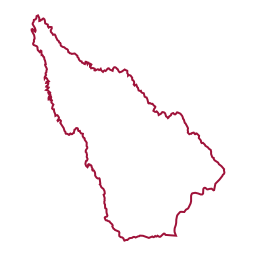 the district of Dueré, Tocantins, Brazil
{"feature_id": "56859067B89764358514319", "entity_name": "Dueré", "entity_type": "district", "adm_level": 2, "iso_a3": "BRA", "parent_name": "Brazil", "parent_adm1": "Tocantins", "projection": "equal_earth", "projection_center": [-49.445, -11.379], "detail": "fine", "context": "isolated", "style": "outline", "palette": "rose", "viewbox_px": 256, "rotation_deg": 0, "n_neighbors": 0, "source": "geoboundaries", "source_scale": "gbopen_adm2", "svg_char_len": 5656}
<svg xmlns="http://www.w3.org/2000/svg" viewBox="0 0 256 256"><path d="M140.9,90.8L140.1,91.0L138.6,90.4L137.9,87.7L137.3,87.3L136.3,84.7L135.4,85.0L134.6,85.6L133.7,84.5L134.2,83.1L134.0,81.6L133.3,80.4L132.4,80.0L132.1,78.7L132.2,77.7L130.5,75.5L128.8,75.0L128.1,75.6L128.1,74.4L127.3,73.2L127.3,70.9L126.6,70.4L125.7,70.2L124.7,69.5L121.6,71.7L119.7,72.3L118.8,71.5L117.6,69.1L116.9,68.8L116.3,67.9L115.0,67.2L114.2,67.3L113.1,68.6L112.6,70.8L110.4,69.8L109.5,69.3L108.9,68.4L108.2,68.3L107.3,69.0L106.1,70.6L105.5,71.0L104.6,70.4L103.7,71.0L103.0,71.9L101.2,70.3L100.7,68.9L100.1,69.6L99.1,70.1L98.4,69.4L97.6,69.3L95.2,70.5L94.5,70.3L94.7,68.7L92.9,68.0L91.1,68.3L90.7,67.2L90.0,66.9L90.0,65.1L91.0,65.3L91.4,64.5L90.4,63.8L89.7,64.1L89.1,63.7L88.6,62.7L87.9,62.6L87.4,64.0L86.5,61.9L85.6,61.8L84.9,64.1L84.2,63.9L83.6,63.3L82.0,62.6L81.6,61.4L80.3,61.1L78.9,59.5L78.7,58.3L77.4,56.8L77.4,55.8L74.7,53.5L71.7,53.9L70.8,53.4L69.7,53.2L69.1,52.3L68.4,52.2L67.8,49.8L67.3,49.3L65.6,48.5L64.3,47.3L62.7,46.9L61.1,45.9L60.6,45.0L60.6,43.8L60.2,42.9L59.2,42.5L58.8,41.1L57.5,40.2L55.8,36.8L55.5,35.6L54.7,34.5L53.0,34.8L52.6,33.8L50.9,31.9L50.7,30.6L51.8,28.2L51.6,27.1L49.5,26.9L48.7,27.6L47.9,26.4L47.8,24.6L45.2,23.4L44.8,20.5L44.4,19.3L43.5,18.5L42.6,18.8L42.1,19.6L41.0,19.9L40.4,20.7L39.3,21.0L39.3,18.1L38.0,15.4L36.6,16.1L36.3,18.3L35.5,19.4L33.9,19.9L33.7,21.6L32.7,23.3L32.7,24.3L34.9,28.0L35.5,29.8L35.6,30.7L35.2,31.7L34.3,31.1L34.2,29.7L33.2,29.8L32.4,29.0L31.6,29.4L31.7,30.7L34.1,35.1L34.6,37.9L34.6,38.8L34.1,39.3L33.9,40.4L34.0,41.6L33.1,43.5L33.2,44.4L33.7,45.0L36.7,46.2L37.5,47.3L37.5,48.7L37.8,50.1L39.7,52.1L40.8,50.6L41.4,51.0L41.6,55.1L42.3,55.0L42.8,55.5L43.2,56.6L44.1,57.2L44.4,59.4L45.0,60.5L45.8,64.2L45.1,64.5L45.2,65.4L46.7,68.4L46.9,69.4L46.5,70.3L46.3,72.4L45.6,73.1L45.6,74.1L46.1,75.0L44.9,76.7L44.6,77.6L44.7,78.5L45.4,77.4L46.3,77.9L47.2,79.0L47.6,80.2L48.9,81.4L48.2,81.9L46.5,82.0L46.2,82.9L47.8,82.7L48.3,83.3L48.1,84.4L47.5,85.5L46.6,85.9L46.2,86.7L48.7,87.5L48.3,88.2L46.2,90.0L47.8,90.4L50.2,92.6L49.7,93.6L50.3,94.4L48.9,96.8L48.5,98.1L48.6,99.5L49.4,99.3L49.6,97.0L50.9,96.4L51.2,97.2L51.0,98.3L50.5,99.0L50.6,100.0L51.3,99.7L52.0,100.4L51.5,101.5L51.4,102.5L53.4,104.6L52.6,106.2L52.1,108.3L52.7,109.2L53.9,109.3L54.2,111.7L55.2,114.1L55.4,115.9L56.7,115.2L57.4,115.2L58.6,116.8L59.0,117.8L58.7,118.7L57.5,120.4L57.9,121.1L59.2,120.1L60.0,119.9L60.9,120.8L60.8,122.0L60.3,122.9L63.7,128.1L64.5,130.9L65.4,131.9L65.5,133.1L66.0,133.8L66.8,133.7L67.9,134.1L68.7,134.8L69.4,134.8L69.8,133.9L70.4,133.5L71.6,134.2L72.2,134.1L72.9,133.3L73.8,133.0L74.5,129.7L75.3,129.4L75.9,128.3L76.9,128.0L77.8,128.5L78.1,130.2L78.5,131.0L79.8,130.9L80.0,131.9L81.1,133.4L82.9,133.8L82.6,135.9L83.5,137.7L84.3,137.9L84.7,138.6L84.6,139.6L86.7,142.6L86.6,146.1L87.2,146.9L87.3,148.0L85.8,150.3L85.7,151.9L86.4,152.5L87.0,154.9L86.7,156.9L87.6,159.0L87.0,160.6L86.2,160.8L85.8,161.7L85.4,163.9L86.1,165.9L87.5,167.2L87.9,166.5L88.1,164.7L88.6,164.2L89.6,164.4L90.0,165.3L90.9,165.2L91.5,165.9L91.8,167.5L92.7,169.0L92.2,169.7L92.6,170.5L93.9,170.5L94.9,172.3L95.2,174.2L95.1,175.2L95.5,176.2L96.6,177.7L97.3,178.2L97.9,178.5L99.3,178.3L99.7,179.0L100.3,183.6L99.8,184.4L100.4,185.0L101.4,187.3L103.4,188.9L104.5,191.1L104.8,193.4L104.4,194.1L103.6,194.7L104.7,198.1L104.5,199.3L104.7,200.4L104.3,201.5L104.4,203.6L105.0,204.4L105.1,207.4L105.3,208.3L106.3,208.7L106.6,209.9L106.4,210.7L106.6,213.0L107.4,215.4L107.1,216.4L105.1,217.1L104.7,217.8L105.4,219.7L106.2,220.4L107.2,220.4L108.1,221.1L109.5,221.4L110.0,222.3L112.3,224.5L112.7,225.6L112.3,226.4L113.5,228.7L114.3,229.1L114.9,229.9L118.9,231.6L119.4,232.8L119.2,234.5L119.3,236.0L120.6,237.1L122.4,237.5L123.5,238.5L123.8,239.6L124.4,240.6L126.4,239.9L127.4,240.0L129.4,238.2L132.2,237.8L133.1,237.1L133.9,236.9L134.7,237.0L135.6,237.5L138.3,236.3L139.3,236.2L139.9,235.6L143.0,235.8L148.9,237.9L152.3,236.5L153.1,237.1L153.9,237.1L155.2,236.0L155.9,236.5L156.7,236.5L157.5,235.7L159.3,236.8L160.4,236.7L163.6,233.7L164.6,233.7L165.5,234.9L176.0,235.7L174.6,232.1L174.5,230.2L174.7,228.2L175.8,225.0L176.2,222.8L176.3,219.6L177.0,216.0L177.6,214.8L180.0,212.1L180.9,211.8L184.3,212.0L185.9,209.7L187.9,208.6L188.5,207.8L190.6,203.4L191.1,201.2L191.1,196.2L191.2,195.3L191.9,193.7L192.4,193.3L195.2,192.8L197.9,193.4L200.9,194.5L202.3,194.4L203.1,193.5L203.3,189.1L203.8,188.2L204.5,187.8L205.4,187.9L207.0,189.3L207.8,189.4L209.4,188.9L211.7,188.7L213.5,190.3L214.1,190.1L215.4,183.7L219.4,179.7L222.3,176.0L222.8,174.9L224.1,173.7L224.4,172.5L223.9,170.0L224.1,169.2L221.4,166.1L218.9,164.2L218.1,162.6L214.6,160.3L213.9,159.3L213.7,157.9L212.9,157.7L212.2,157.0L211.1,154.0L211.1,151.5L210.7,149.9L209.0,148.8L207.8,147.3L205.4,145.8L204.8,144.6L202.9,142.8L201.8,143.1L201.2,142.5L200.8,140.4L198.8,138.0L199.1,135.8L196.9,133.6L196.2,133.4L195.6,134.1L194.9,134.1L193.7,132.6L192.0,133.0L191.3,133.8L190.6,133.7L189.3,134.2L187.8,132.6L188.0,131.5L187.7,130.1L188.0,128.3L187.7,127.5L185.5,123.4L184.8,122.9L183.8,119.5L183.0,118.7L182.8,117.4L182.1,115.8L180.4,113.7L177.6,112.4L176.8,112.5L176.4,113.4L175.1,114.4L174.3,114.2L173.3,113.1L172.4,113.3L171.3,114.0L170.9,115.3L169.1,116.5L168.6,117.5L167.9,118.1L167.3,117.2L166.1,116.4L165.1,113.3L163.9,112.3L162.3,112.1L161.0,113.7L158.7,115.0L158.4,113.6L157.9,112.7L156.7,111.4L156.0,111.9L154.9,111.8L153.4,110.8L154.2,108.8L155.2,107.5L155.3,106.6L153.7,105.4L152.5,103.8L151.4,103.9L149.8,103.0L149.0,103.5L148.3,103.1L147.4,99.4L146.6,97.5L145.5,97.2L144.6,96.6L143.8,93.3L142.0,92.7L141.2,92.0L140.9,90.8ZM49.7,93.6L49.1,92.9L48.4,92.9L48.7,93.8L49.7,93.6Z" fill="none" stroke="#9f1239" stroke-width="2"/></svg>